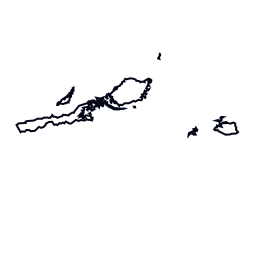 Kavieng District, New Ireland, Papua New Guinea, rotated 140°
{"feature_id": "67681753B13414924819531", "entity_name": "Kavieng District", "entity_type": "district", "adm_level": 2, "iso_a3": "PNG", "parent_name": "Papua New Guinea", "parent_adm1": "New Ireland", "projection": "mercator", "projection_center": [150.489, -2.205], "detail": "fine", "context": "isolated", "style": "outline", "palette": "ink", "viewbox_px": 256, "rotation_deg": 140, "n_neighbors": 0, "source": "geoboundaries", "source_scale": "gbopen_adm2", "svg_char_len": 6012}
<svg xmlns="http://www.w3.org/2000/svg" viewBox="0 0 256 256"><g transform="rotate(140 128 128)"><path d="M101.9,142.8L99.9,140.6L97.9,141.5L97.3,142.3L98.2,143.2L96.7,143.4L95.8,142.5L95.8,144.6L92.8,143.7L92.7,144.9L91.2,145.7L91.1,144.7L89.6,144.4L88.2,145.6L88.5,146.7L84.1,148.5L81.6,151.7L81.1,151.2L81.7,150.1L80.8,149.2L81.4,148.5L80.7,148.5L79.4,149.6L79.6,150.8L80.6,152.6L85.1,153.5L85.8,152.5L87.1,154.3L89.2,155.1L89.1,156.5L91.3,158.9L91.0,160.0L92.1,162.2L94.5,164.7L97.6,166.1L98.4,167.4L100.9,166.7L101.0,166.0L102.8,167.0L104.3,165.7L105.6,166.2L106.8,165.5L110.2,166.7L110.0,166.0L111.7,165.1L112.3,165.9L112.7,165.2L112.4,166.5L114.2,165.4L114.9,165.8L112.3,166.8L112.5,167.3L115.9,165.7L121.1,165.1L121.5,163.7L120.8,163.6L120.3,162.3L120.9,162.4L120.9,160.1L122.4,155.8L121.4,154.7L120.4,157.3L120.5,150.5L119.1,150.9L117.9,149.3L114.5,149.0L111.5,146.4L106.2,145.1L105.5,143.6L101.9,142.8ZM213.0,193.8L211.7,193.7L209.4,191.5L207.1,191.8L204.8,189.6L204.7,188.2L201.2,185.7L195.5,186.1L194.4,183.9L191.8,183.0L188.8,183.4L188.1,184.1L184.8,183.5L182.2,181.6L182.5,177.7L180.8,177.1L180.2,175.6L177.2,175.7L176.6,174.5L174.4,174.1L173.8,172.5L171.5,172.9L170.1,169.2L168.8,168.0L162.8,167.7L161.2,165.1L158.8,164.3L156.5,161.6L154.4,161.3L150.6,156.9L149.6,157.8L149.8,159.2L148.5,162.1L149.5,162.0L152.2,164.8L154.0,164.6L154.0,163.7L154.9,164.7L155.6,163.8L156.4,165.0L156.0,165.5L154.6,165.8L154.3,165.6L154.0,166.8L154.4,167.2L155.3,166.4L158.0,167.5L155.2,168.5L156.7,169.1L154.5,169.4L153.8,168.7L152.8,169.6L152.0,168.5L151.1,169.5L151.4,170.4L150.5,169.8L149.7,170.5L149.4,172.4L144.7,169.7L142.2,171.7L144.0,173.5L151.3,176.5L159.4,174.9L158.8,173.9L160.8,175.5L164.3,176.2L165.3,175.7L169.2,179.9L170.3,179.4L175.6,181.2L176.0,182.7L179.2,186.2L181.2,185.8L183.9,188.6L186.4,190.3L187.8,190.3L191.3,193.2L195.4,194.3L201.2,198.4L202.5,198.7L203.0,197.6L208.8,201.8L211.5,201.9L213.0,193.8ZM52.2,57.0L49.1,54.4L46.4,54.1L46.3,57.5L44.8,58.6L44.5,60.6L43.0,62.6L43.8,64.5L46.6,65.4L48.9,68.2L53.0,71.1L55.1,70.9L55.5,68.8L58.3,72.7L59.4,71.2L60.7,72.2L63.0,71.5L62.8,70.4L60.6,68.7L60.8,67.6L57.5,60.1L53.7,57.3L52.2,57.0ZM157.3,185.9L157.2,186.7L155.2,186.7L153.3,188.6L151.4,188.6L150.1,190.5L148.4,190.0L145.9,192.9L146.7,193.4L149.3,191.8L150.5,192.4L151.1,191.5L152.5,191.5L151.5,190.7L152.1,190.1L152.9,191.0L154.0,190.7L154.5,191.4L154.9,190.8L156.6,191.8L158.1,191.7L158.1,191.0L156.7,191.2L158.4,190.8L158.8,192.1L161.2,192.1L163.8,191.1L164.3,192.3L166.2,192.2L167.4,191.1L166.7,190.5L163.8,190.6L163.4,189.3L162.0,187.9L159.0,187.1L157.3,185.9ZM82.3,82.6L82.0,80.7L80.4,79.5L80.0,82.5L76.8,81.5L76.3,81.9L77.4,83.3L76.6,84.2L78.6,85.1L79.1,83.4L84.6,84.9L86.3,83.4L84.1,83.8L82.3,82.6ZM131.0,166.7L128.1,166.2L127.5,167.4L130.3,168.4L132.8,171.5L133.0,169.9L134.5,167.8L131.9,167.7L131.0,166.7ZM136.8,169.6L136.2,170.8L138.4,172.5L139.3,172.4L141.0,173.8L143.4,173.1L140.0,170.5L136.8,169.6ZM145.0,169.0L143.6,167.1L141.0,168.2L141.9,171.2L145.0,169.0ZM135.1,165.4L133.5,161.4L131.6,162.9L131.9,163.9L133.3,164.2L134.5,165.7L135.1,165.4ZM127.8,154.0L126.5,150.9L124.8,150.2L126.3,154.2L127.0,154.9L127.8,154.0ZM128.5,157.9L129.1,157.5L128.9,155.9L127.8,154.8L126.9,155.0L126.9,156.1L128.5,157.9ZM53.5,74.0L51.4,73.8L51.1,74.1L52.5,74.1L54.0,76.3L55.8,77.1L53.5,74.0ZM129.2,161.7L129.6,160.1L128.6,159.2L127.5,161.1L129.2,161.7ZM123.4,148.4L119.9,146.3L123.5,149.9L123.4,148.4ZM50.8,75.6L47.9,75.0L49.4,76.5L50.8,76.3L50.8,75.6ZM137.3,164.8L136.3,165.1L136.4,166.5L137.9,165.7L137.3,164.8ZM122.2,165.8L121.7,165.3L120.0,165.7L120.7,166.7L122.2,165.8ZM125.3,166.1L125.2,164.0L124.6,163.8L124.2,165.3L125.3,166.1ZM124.2,165.9L122.4,165.9L122.6,167.2L124.3,166.5L124.2,165.9ZM133.0,161.4L132.8,161.0L131.2,162.1L130.8,163.4L133.0,161.4ZM124.6,158.0L123.5,158.5L124.2,159.8L124.8,158.6L124.6,158.0ZM60.2,161.9L59.5,160.8L58.6,162.6L60.2,161.9ZM144.7,194.1L145.3,193.2L145.2,192.3L143.8,193.9L144.7,194.1ZM124.2,149.1L123.6,150.1L124.4,150.7L124.8,149.6L124.2,149.1ZM140.1,165.8L141.3,165.8L141.0,165.1L140.1,165.8ZM109.8,140.5L110.0,139.7L109.3,139.2L109.0,139.8L109.8,140.5ZM128.4,163.8L128.8,162.9L128.4,162.4L127.9,163.0L128.4,163.8ZM145.0,167.8L145.5,167.3L144.6,166.8L144.5,167.3L145.0,167.8ZM154.7,167.1L156.0,167.1L155.3,166.6L154.7,167.1ZM136.1,163.9L137.0,162.6L137.0,162.4L136.0,163.2L136.1,163.9ZM144.6,165.2L144.7,164.6L144.1,164.4L144.0,165.1L144.6,165.2ZM54.0,73.3L55.4,72.3L55.2,71.9L54.0,73.3ZM137.1,167.1L136.4,167.7L137.2,167.6L137.1,167.1ZM129.5,163.5L130.6,163.6L130.6,163.4L129.5,163.5ZM119.7,146.3L119.2,145.5L118.3,145.2L118.9,145.9L119.7,146.3ZM51.2,70.2L50.3,70.2L51.3,70.8L51.2,70.2ZM131.8,165.5L132.0,164.8L131.7,164.6L131.3,165.0L131.8,165.5ZM148.8,159.2L149.1,158.3L148.9,158.1L148.4,158.6L148.8,159.2ZM93.5,141.0L94.3,141.3L94.4,141.1L93.5,141.0ZM122.3,160.7L122.1,159.9L121.6,160.6L122.3,160.7ZM92.6,142.7L92.2,142.2L91.7,142.4L92.0,142.9L92.6,142.7ZM136.9,169.1L137.7,169.1L137.5,168.7L136.9,169.1ZM121.7,163.4L121.8,162.8L121.3,162.6L121.2,163.0L121.7,163.4ZM132.3,167.0L132.6,166.6L132.4,166.2L132.0,166.4L132.3,167.0ZM147.3,163.9L148.0,164.0L147.5,163.3L147.3,163.9ZM159.8,187.2L159.4,186.7L158.8,186.9L159.8,187.2ZM134.9,167.0L135.5,166.7L135.1,166.6L134.9,167.0ZM56.7,163.5L57.5,163.0L57.6,162.8L56.9,162.9L56.7,163.5ZM111.1,166.4L110.8,165.8L110.4,166.3L111.1,166.4ZM153.1,191.6L153.5,191.2L153.0,191.2L153.1,191.6ZM147.1,168.5L147.6,168.5L147.5,168.0L147.1,168.5ZM56.3,163.8L55.4,163.5L56.1,164.1L56.3,163.8ZM143.8,165.0L143.6,164.4L143.0,164.3L143.8,165.0ZM87.1,144.2L87.6,144.3L87.6,144.0L87.1,144.2ZM154.6,165.5L155.6,165.3L155.7,165.2L154.6,165.5ZM75.9,84.4L76.4,84.1L76.0,83.8L75.9,84.4ZM83.9,146.6L84.7,146.6L84.6,146.4L83.9,146.6ZM177.7,186.5L178.2,186.2L177.7,186.1L177.7,186.5ZM155.2,191.6L154.9,191.8L155.8,191.5L155.2,191.6ZM138.9,165.4L139.4,165.4L139.1,165.1L138.9,165.4ZM129.3,158.4L129.1,157.8L128.6,158.0L129.3,158.4ZM95.7,140.1L96.2,139.7L95.6,139.9L95.7,140.1Z" fill="none" stroke="#020617" stroke-width="2"/></g></svg>